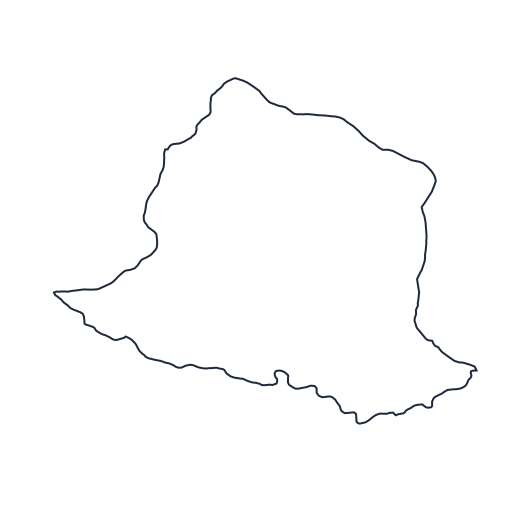 Logchina, Chhukha, Bhutan (Equal Earth projection), rotated 83°
{"feature_id": "84629894B64044446171466", "entity_name": "Logchina", "entity_type": "district", "adm_level": 2, "iso_a3": "BTN", "parent_name": "Bhutan", "parent_adm1": "Chhukha", "projection": "equal_earth", "projection_center": [89.38, 26.957], "detail": "fine", "context": "isolated", "style": "outline", "palette": "slate", "viewbox_px": 512, "rotation_deg": 83, "n_neighbors": 0, "source": "geoboundaries", "source_scale": "gbopen_adm2", "svg_char_len": 6053}
<svg xmlns="http://www.w3.org/2000/svg" viewBox="0 0 512 512"><g transform="rotate(83 256 256)"><path d="M77.0,254.7L77.3,257.4L78.3,260.2L79.6,264.1L80.3,265.1L80.9,266.4L81.8,267.5L83.0,268.4L84.0,269.5L84.9,270.7L86.0,272.4L87.2,274.5L88.9,276.4L89.7,277.5L90.4,278.9L91.2,280.2L92.9,281.2L94.1,281.6L95.4,281.7L97.5,282.3L99.2,282.6L101.7,283.0L103.3,283.2L105.0,283.3L107.5,283.5L109.4,284.6L110.7,286.3L111.5,288.0L113.7,292.3L114.3,293.4L115.3,294.4L117.1,296.3L117.8,297.3L119.4,298.9L120.9,299.5L122.5,299.5L123.8,299.8L127.0,301.1L128.3,302.7L129.3,304.6L130.6,306.0L131.1,307.3L131.8,309.0L132.2,310.1L132.8,311.3L133.5,312.9L134.3,315.3L134.6,317.0L135.0,318.2L134.9,320.3L134.9,322.1L134.8,323.4L135.0,325.1L135.3,326.4L136.4,328.2L137.3,328.9L138.5,330.0L139.5,330.7L139.1,333.2L142.5,334.6L144.4,334.9L147.8,335.1L149.9,335.6L151.4,335.7L156.1,336.7L159.3,338.2L162.7,340.7L168.5,342.8L171.0,343.7L173.0,344.8L174.4,345.7L175.8,347.7L178.1,349.6L182.6,353.5L184.8,355.4L188.7,357.8L192.3,359.0L195.5,359.8L199.6,361.1L202.2,362.5L205.7,362.9L208.2,362.6L209.7,361.9L211.6,360.7L214.2,359.6L217.2,356.4L219.5,354.0L221.8,352.4L223.2,352.2L228.4,352.3L231.0,352.5L233.3,352.9L235.5,353.5L237.1,354.5L238.6,356.1L240.1,357.8L241.8,359.9L242.6,361.2L244.4,365.8L245.2,368.5L246.1,370.4L248.2,372.3L250.5,374.2L253.4,377.8L254.2,381.3L254.5,383.4L254.5,385.8L254.8,387.9L256.2,390.4L257.3,391.9L259.2,394.7L263.3,399.8L265.2,402.8L266.4,406.4L268.1,411.7L268.8,413.9L269.7,417.0L269.6,419.4L269.5,421.9L269.3,423.7L268.2,431.0L268.2,435.3L268.3,438.5L268.2,440.5L268.2,443.0L268.4,445.0L268.4,447.4L267.9,450.2L267.5,453.3L267.5,455.2L267.3,456.6L267.0,458.2L267.6,461.0L268.9,460.6L270.5,459.9L272.4,457.6L274.4,455.8L275.1,454.9L276.4,454.0L277.4,453.4L278.4,452.7L279.3,451.9L281.9,449.0L283.4,447.8L284.8,446.9L286.9,443.8L288.0,441.7L288.9,440.1L289.7,438.6L290.2,437.5L291.1,436.5L292.0,435.2L293.0,434.7L294.2,434.4L295.4,434.2L299.3,434.2L300.3,434.3L301.8,434.4L302.9,434.0L303.6,432.6L304.7,430.1L305.5,428.5L306.7,426.2L307.7,425.1L309.6,424.3L310.9,423.5L312.1,422.0L313.1,420.7L314.1,419.5L315.0,418.0L316.6,414.5L317.5,413.3L318.9,411.1L320.2,409.6L321.7,407.5L322.1,406.1L322.3,404.5L322.1,402.8L321.8,400.8L321.4,398.6L321.1,396.8L320.0,395.3L320.7,394.1L321.6,392.6L322.8,391.1L324.3,389.3L325.8,388.3L326.7,387.4L329.7,385.6L331.3,385.2L334.3,384.0L336.2,383.1L339.4,380.5L340.5,379.1L342.4,378.0L343.6,376.4L344.4,375.1L345.2,373.0L345.6,371.8L346.1,370.7L346.7,369.0L347.4,367.0L348.0,365.0L348.5,363.4L349.5,361.4L350.6,359.4L351.2,357.7L352.0,355.3L352.7,354.1L354.2,351.5L355.6,349.7L356.5,348.7L357.0,347.5L357.5,346.1L357.6,344.5L357.7,343.3L357.0,341.3L356.4,339.8L356.2,338.0L356.0,336.0L356.0,334.1L356.7,331.8L357.7,329.9L358.5,328.5L359.3,327.2L359.9,325.6L360.6,323.5L361.4,320.6L361.6,319.1L361.6,317.8L361.6,315.9L361.8,314.5L361.9,312.8L361.9,311.5L362.1,308.7L362.9,306.9L363.4,305.3L364.3,302.6L365.2,301.4L366.2,300.9L367.3,300.4L369.4,299.2L370.7,297.6L372.4,295.9L373.0,294.4L373.7,293.2L374.3,291.5L374.8,290.1L375.0,288.7L375.7,287.0L376.1,284.5L377.0,282.7L378.5,280.4L379.4,278.6L380.1,277.2L381.1,275.0L381.9,271.3L382.5,270.0L383.3,267.9L384.9,265.9L385.3,262.7L385.4,257.8L385.8,256.6L386.0,255.3L385.1,251.2L384.0,250.7L382.5,250.2L380.7,250.0L379.9,250.7L378.0,251.6L376.2,251.9L374.5,251.7L372.6,250.2L372.5,247.7L372.8,245.4L373.9,243.2L374.7,242.0L376.1,240.5L377.0,239.8L378.2,238.7L379.4,238.7L381.0,239.1L383.3,239.4L385.3,239.7L387.2,239.1L388.3,238.5L389.0,237.6L391.2,234.9L392.3,233.3L392.8,231.0L392.8,229.2L392.6,227.0L392.5,225.0L392.2,221.1L391.7,219.6L391.5,218.1L391.5,216.6L391.8,215.3L392.3,213.5L394.4,212.1L395.6,212.0L399.0,212.5L401.0,211.5L402.4,210.6L404.0,207.9L404.3,206.8L404.3,200.9L404.5,199.3L405.2,197.9L406.0,196.9L408.2,194.9L409.6,194.2L411.1,193.5L413.6,192.1L414.9,191.2L417.3,190.8L418.7,190.6L420.1,190.1L421.0,189.3L422.8,187.0L422.9,184.4L423.0,182.2L423.0,180.8L423.1,177.9L424.8,176.1L426.4,176.0L427.7,176.1L429.4,176.2L431.1,176.4L432.6,176.4L434.0,175.5L434.8,174.2L435.0,173.0L434.8,171.0L434.5,168.2L433.9,166.3L432.8,164.0L430.3,160.0L428.7,157.1L428.3,155.5L427.7,153.6L427.6,151.2L428.0,149.5L428.5,145.8L428.4,144.5L427.9,142.3L428.1,140.9L428.1,139.1L431.1,136.8L430.6,135.0L430.3,132.6L430.2,129.9L430.0,128.4L428.9,127.1L427.5,125.7L426.6,123.5L426.2,122.1L425.4,120.3L424.3,118.2L423.7,116.6L423.5,114.8L423.4,112.4L423.5,110.5L423.7,108.8L424.7,108.0L425.5,107.2L426.3,106.4L427.4,104.5L427.6,101.9L427.4,100.4L426.2,99.4L424.9,99.3L423.4,99.2L421.5,98.8L420.5,98.0L419.1,97.2L418.1,96.1L417.3,94.4L416.3,91.7L415.4,88.8L414.8,87.5L414.0,86.3L413.0,83.8L412.3,82.3L412.3,77.9L412.6,73.4L412.5,71.4L412.5,69.9L412.2,68.3L411.4,66.0L410.2,63.9L409.4,63.0L408.1,62.1L406.7,61.2L405.6,60.7L404.3,59.6L403.3,58.2L402.1,57.1L400.5,56.8L397.8,57.1L396.7,56.7L396.3,55.4L396.3,53.7L396.5,51.0L394.9,51.5L392.3,52.6L390.0,56.8L387.1,63.4L386.3,67.5L384.3,71.8L379.8,76.9L373.6,83.4L368.6,86.4L367.1,89.1L364.7,90.5L361.6,91.5L360.6,95.4L359.0,97.4L353.5,100.9L346.8,105.2L339.8,106.5L337.3,106.1L333.2,104.2L329.0,103.8L324.9,101.3L323.1,101.3L318.7,100.1L311.5,98.4L310.0,98.6L301.5,98.9L298.4,98.9L292.9,95.3L289.9,93.1L281.9,89.3L278.4,88.4L275.6,88.1L274.0,87.7L270.7,86.8L263.8,85.3L262.1,85.2L257.1,84.3L243.4,83.6L237.0,84.0L232.8,85.1L227.6,85.6L224.6,82.8L218.8,77.9L213.5,73.6L207.3,70.2L204.2,68.7L202.8,68.4L199.9,68.7L196.7,69.7L192.8,71.7L188.1,75.2L184.1,79.0L182.3,82.6L179.9,89.9L175.4,97.1L171.2,103.2L168.3,107.5L166.6,112.0L166.1,117.1L163.5,120.8L159.0,124.9L155.3,129.9L152.5,132.4L149.6,135.3L144.8,138.6L139.2,143.4L133.9,149.6L130.9,152.4L128.9,155.7L127.4,159.6L126.4,164.5L125.0,170.2L123.8,177.3L122.5,182.4L121.3,188.5L121.2,192.1L120.6,195.0L120.5,197.5L119.3,201.0L112.4,208.0L111.1,210.7L109.7,215.1L106.0,222.2L105.0,223.9L102.2,226.3L97.8,229.3L94.8,231.3L92.5,232.6L89.7,235.6L86.6,239.0L84.7,241.2L82.4,244.1L80.3,247.6L78.5,251.5L77.6,253.5L77.0,254.7Z" fill="none" stroke="#1e293b" stroke-width="2"/></g></svg>